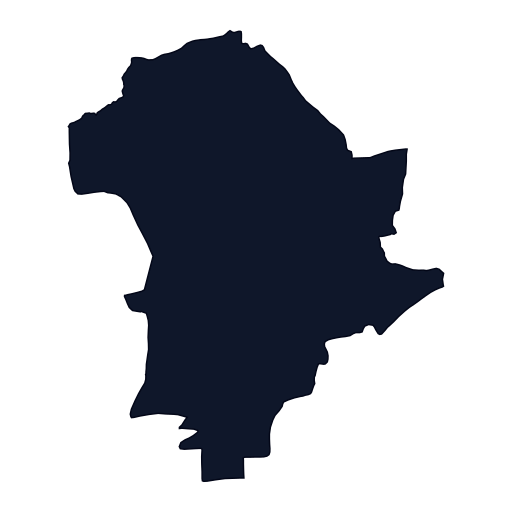 Svay Antor, Prey Vêng, Cambodia
{"feature_id": "14789045B38642504760800", "entity_name": "Svay Antor", "entity_type": "district", "adm_level": 2, "iso_a3": "KHM", "parent_name": "Cambodia", "parent_adm1": "Prey Vêng", "projection": "albers", "projection_center": [105.453, 11.505], "detail": "fine", "context": "isolated", "style": "filled", "palette": "ink", "viewbox_px": 512, "rotation_deg": 0, "n_neighbors": 0, "source": "geoboundaries", "source_scale": "gbopen_adm2", "svg_char_len": 5331}
<svg xmlns="http://www.w3.org/2000/svg" viewBox="0 0 512 512"><path d="M243.9,478.0L243.8,476.3L243.7,474.7L243.6,472.1L243.5,468.4L243.4,463.9L243.4,460.2L243.2,457.9L244.5,457.2L246.5,457.1L250.5,457.1L255.0,457.0L259.6,457.0L263.8,456.8L266.9,456.1L269.0,454.6L269.8,452.0L269.9,448.7L269.6,444.4L269.4,438.9L269.4,434.0L270.4,427.1L272.8,419.9L275.0,415.4L279.1,410.7L282.1,406.4L282.7,403.9L283.6,402.0L288.2,399.9L294.4,397.8L300.4,396.4L303.0,396.0L305.2,395.2L308.2,394.6L310.5,393.6L311.5,392.1L312.6,388.7L313.7,385.6L314.7,383.6L314.2,380.3L314.3,377.1L315.1,375.5L315.9,371.7L317.1,367.2L318.5,363.8L320.2,363.7L323.8,364.2L325.3,363.9L327.3,361.9L327.9,359.2L328.0,355.8L327.3,352.1L325.9,349.2L324.6,346.7L324.3,343.9L325.1,341.6L328.4,339.7L332.4,338.6L336.7,337.7L340.9,337.0L345.4,336.5L350.0,335.6L353.2,333.6L355.7,332.6L359.6,332.6L362.1,331.9L363.3,328.6L364.8,326.1L368.6,324.5L373.0,325.2L374.4,326.9L375.8,329.7L378.2,333.6L379.7,334.4L381.6,334.0L385.0,330.3L387.4,327.3L389.4,325.6L393.6,321.7L398.6,316.5L404.6,311.1L409.2,307.4L414.7,303.7L419.4,300.3L420.4,299.5L425.5,295.8L430.6,292.3L435.2,289.8L439.3,288.0L442.3,287.0L443.5,286.2L443.2,284.9L442.8,282.0L442.4,279.2L442.7,277.9L443.6,273.3L442.1,272.0L439.2,269.3L436.3,268.4L432.6,269.2L428.8,270.2L426.5,270.6L424.9,270.4L423.7,270.2L421.9,270.2L418.8,270.3L416.1,270.1L412.9,269.9L409.0,268.6L406.0,267.6L402.5,266.0L400.0,265.1L397.4,264.4L395.3,263.9L391.9,264.1L389.8,263.3L387.0,261.1L386.2,259.5L385.6,258.3L384.4,256.2L384.3,252.9L383.4,251.3L382.4,249.1L380.4,247.1L380.2,243.4L380.1,242.3L378.7,237.5L379.3,236.4L381.5,236.4L384.7,235.9L387.8,235.1L390.3,234.5L391.4,233.7L394.0,234.2L396.2,232.7L394.9,228.9L392.3,225.4L392.4,220.2L393.1,215.2L395.3,211.2L398.8,210.1L399.2,208.7L399.5,206.2L400.4,201.3L402.5,193.9L402.3,187.5L403.5,179.2L405.6,174.0L405.9,168.5L406.3,161.1L406.3,154.2L407.1,149.1L406.0,149.0L395.4,150.2L390.5,151.0L387.7,151.6L385.7,152.3L374.4,156.0L372.2,156.9L370.1,157.7L353.8,158.2L352.0,158.5L352.0,155.1L351.2,151.7L347.6,150.3L346.5,148.2L346.1,144.6L345.1,139.5L343.5,135.0L338.7,129.8L334.3,126.2L329.6,123.1L324.1,117.4L323.3,116.6L320.4,114.0L317.7,110.6L312.8,107.0L305.5,100.8L303.1,97.5L302.4,96.8L301.2,95.4L299.7,93.4L297.0,89.8L294.8,86.6L292.3,82.4L292.1,81.6L291.3,80.1L290.2,77.3L289.2,74.9L287.3,72.1L284.9,68.9L282.7,66.8L279.4,64.3L276.8,62.0L273.1,58.7L270.5,56.6L267.7,53.8L264.9,50.9L263.5,47.4L262.1,45.6L260.4,45.1L257.1,46.3L253.9,48.1L250.8,48.9L249.2,47.3L247.4,44.1L245.6,43.4L243.4,43.8L241.6,43.3L241.3,40.5L241.4,37.4L241.4,33.8L241.1,31.7L240.1,31.3L238.4,31.4L236.0,32.1L234.2,32.6L232.4,32.2L231.0,31.3L230.0,30.7L228.3,31.9L226.7,33.5L224.7,35.1L223.1,36.1L219.5,36.8L216.5,37.5L213.1,38.3L210.2,38.7L207.3,39.2L204.4,39.5L200.9,39.7L198.3,40.1L195.4,40.5L192.5,41.2L190.0,42.2L187.1,43.4L184.3,45.7L181.5,48.3L177.8,50.3L174.3,51.8L171.4,52.8L168.4,53.7L164.3,54.4L161.5,55.3L159.6,56.4L157.1,57.8L155.5,58.7L153.8,59.4L152.6,59.8L151.3,59.8L149.9,59.9L148.8,60.0L147.1,59.6L146.1,59.3L144.9,58.8L143.8,58.4L141.3,57.9L138.7,57.7L136.7,57.6L135.4,57.6L133.7,57.8L132.0,58.2L131.6,59.0L131.5,60.4L131.7,62.1L131.4,63.5L130.8,65.2L130.3,66.1L128.9,67.4L127.7,69.1L126.7,71.2L125.6,72.6L124.2,74.2L123.4,76.0L122.2,77.7L122.4,79.0L123.3,81.0L123.8,83.1L123.7,84.1L124.2,85.8L123.9,87.8L122.4,90.4L122.3,91.4L123.1,94.3L123.7,95.6L122.9,97.1L121.8,97.6L119.2,98.5L117.7,100.1L116.5,101.7L114.9,102.0L113.6,101.8L112.4,102.7L112.0,103.6L111.2,104.5L110.0,104.8L108.4,104.8L106.6,106.2L105.2,107.4L103.5,108.5L102.4,109.1L101.4,110.0L100.5,110.8L99.2,111.5L98.1,112.2L97.3,112.8L96.8,114.1L96.1,115.0L95.4,114.4L94.7,113.4L93.5,113.2L91.6,113.5L90.4,113.5L89.3,113.0L87.2,113.3L85.5,113.4L84.8,113.9L84.1,114.9L83.2,115.5L82.4,116.6L82.0,117.8L80.5,119.2L78.6,120.3L76.9,121.1L75.8,121.6L74.4,122.4L72.3,123.0L71.4,123.2L70.0,124.0L69.2,125.5L68.4,126.6L69.3,127.8L69.3,131.9L69.5,144.0L70.1,153.0L70.0,160.3L68.7,163.2L69.6,166.8L71.1,176.4L73.9,188.6L75.2,191.3L77.0,193.0L77.9,193.9L81.8,194.1L88.2,193.2L94.3,192.2L100.6,191.5L104.1,191.3L107.7,192.7L109.7,192.9L111.3,193.1L115.8,193.9L121.2,196.8L127.0,202.6L130.3,208.0L133.2,214.9L137.9,225.1L142.2,233.1L147.5,243.3L150.9,251.3L152.4,254.7L153.1,256.2L144.4,289.8L142.0,291.2L137.3,292.5L131.6,293.9L127.7,294.7L125.6,295.3L124.6,295.4L124.5,296.5L125.8,299.3L127.5,303.6L129.3,307.5L132.5,310.5L136.6,311.2L140.4,311.8L141.2,311.4L144.3,312.5L146.3,313.2L147.2,316.0L148.3,320.4L148.7,325.3L148.4,330.1L148.1,337.4L148.5,343.8L148.6,349.6L147.8,354.5L147.0,360.2L146.4,364.3L146.3,368.8L146.0,371.8L146.0,373.6L145.6,374.4L145.9,375.8L145.8,379.3L144.8,383.1L142.0,387.7L138.6,393.7L135.1,400.8L131.4,409.2L130.3,414.1L130.9,416.6L131.5,417.6L133.8,417.4L139.9,416.0L149.1,414.4L158.2,413.3L165.9,413.9L173.4,414.2L177.9,414.6L184.3,416.4L187.2,417.3L185.2,419.8L183.1,423.1L182.0,424.9L179.4,427.3L179.4,428.5L181.8,428.2L186.8,428.6L193.9,429.1L197.8,430.5L198.1,431.6L196.9,432.9L193.2,435.7L189.1,438.1L185.2,439.8L180.9,442.6L179.3,446.6L180.3,448.7L184.3,449.2L190.9,448.8L196.2,448.5L200.9,448.3L202.1,449.3L201.7,456.6L201.8,463.6L202.1,471.8L202.1,478.4L202.4,480.8L203.8,481.3L207.3,481.1L215.3,479.8L225.0,478.5L233.9,478.2L239.9,478.0L243.9,478.0Z" fill="#0f172a" stroke="#020617" stroke-width="1.5"/></svg>